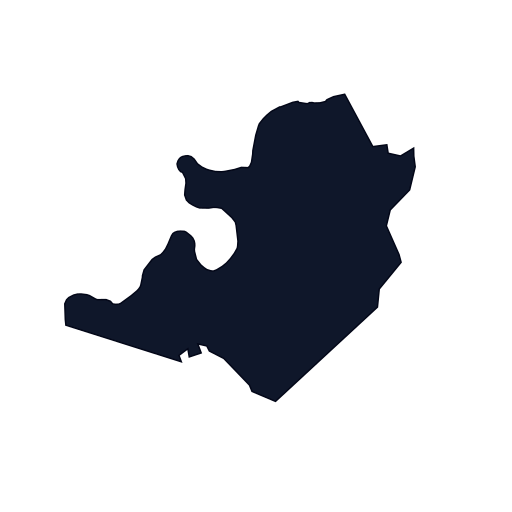 outline of Henderson, Kentucky, United States of America, rotated 320°
{"feature_id": "52423323B87544132972679", "entity_name": "Henderson", "entity_type": "district", "adm_level": 2, "iso_a3": "USA", "parent_name": "United States of America", "parent_adm1": "Kentucky", "projection": "mercator", "projection_center": [-87.608, 37.807], "detail": "fine", "context": "isolated", "style": "filled", "palette": "ink", "viewbox_px": 512, "rotation_deg": 320, "n_neighbors": 0, "source": "geoboundaries", "source_scale": "gbopen_adm2", "svg_char_len": 2119}
<svg xmlns="http://www.w3.org/2000/svg" viewBox="0 0 512 512"><g transform="rotate(320 256 256)"><path d="M316.2,373.2L329.2,360.5L363.1,354.1L366.5,346.8L375.2,316.7L388.4,307.0L416.2,304.1L435.3,290.0L441.1,280.9L446.1,274.7L431.0,272.3L423.3,262.2L427.7,254.9L415.8,247.3L427.9,189.1L417.8,183.8L411.0,181.9L409.6,182.0L408.9,182.5L403.4,179.8L398.9,176.2L397.7,174.6L395.6,172.9L393.7,172.6L392.5,171.6L387.5,165.9L387.3,165.6L387.6,164.7L387.4,164.5L387.2,164.3L382.9,161.9L376.5,159.7L370.8,157.7L369.9,157.0L360.7,155.1L354.9,155.1L350.1,155.5L343.7,156.8L342.2,157.6L341.8,157.8L333.5,163.3L321.4,173.2L319.0,175.8L312.8,181.3L309.1,183.1L306.8,183.3L301.7,178.7L295.2,176.0L286.9,171.4L285.3,170.4L283.7,169.3L279.1,165.1L275.3,160.1L273.8,157.7L271.7,153.1L270.4,147.7L270.9,142.0L270.2,138.2L268.3,135.4L266.4,134.0L263.7,132.6L262.5,132.3L261.4,132.1L259.6,132.3L257.4,133.0L254.7,134.7L253.3,137.3L252.5,140.1L252.5,142.9L253.5,144.7L251.9,151.5L249.2,155.2L244.2,159.7L240.6,163.4L238.7,168.4L239.0,172.3L240.3,176.2L242.0,180.1L243.7,182.9L250.6,188.9L254.4,191.2L257.2,193.6L260.4,197.4L262.2,210.9L262.0,216.7L260.4,219.9L251.7,233.1L248.3,236.6L246.6,238.0L241.0,240.1L234.7,241.6L228.9,242.4L223.5,242.3L216.9,241.3L213.5,240.1L211.7,238.1L209.6,234.8L208.7,231.6L208.0,227.4L208.2,220.4L211.8,213.0L213.1,211.2L215.6,208.9L217.1,207.0L218.3,204.8L219.1,201.6L219.0,198.6L217.8,192.8L217.0,191.1L214.1,188.4L211.6,186.6L208.9,185.6L206.8,185.4L204.3,186.2L197.1,189.9L197.0,190.0L191.3,192.5L187.1,193.5L183.8,193.8L178.2,192.2L174.2,191.9L161.4,194.7L156.4,198.1L155.2,199.4L149.0,204.3L147.4,205.2L145.2,205.8L144.8,205.9L142.3,206.2L134.9,206.2L121.8,205.3L119.9,204.7L117.5,202.9L115.7,201.0L115.4,200.2L115.4,197.1L113.6,193.9L113.1,193.0L106.4,187.5L105.5,186.0L103.0,179.3L101.5,176.9L97.5,172.6L94.7,170.4L91.2,168.7L85.9,167.5L82.7,167.8L78.8,169.7L69.0,182.2L65.9,186.8L130.8,289.0L133.1,282.6L144.2,283.2L140.0,290.4L151.7,295.0L154.9,285.9L160.5,293.3L159.2,298.8L165.5,313.8L168.0,350.7L165.9,357.2L177.5,379.9L316.2,373.2Z" fill="#0f172a" stroke="#020617" stroke-width="1.5"/></g></svg>